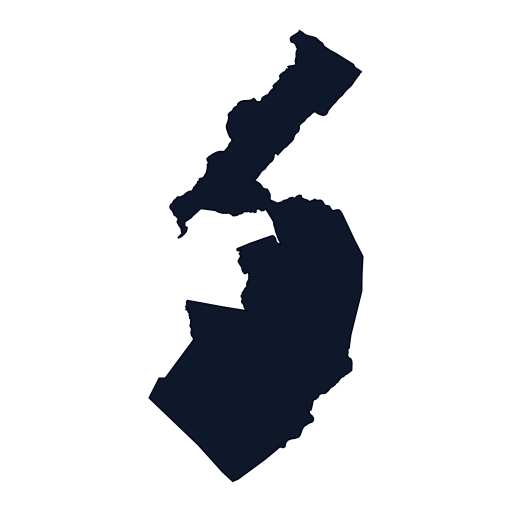 Morada Nova, Ceará, Brazil
{"feature_id": "56859067B80919104453248", "entity_name": "Morada Nova", "entity_type": "district", "adm_level": 2, "iso_a3": "BRA", "parent_name": "Brazil", "parent_adm1": "Ceará", "projection": "robinson", "projection_center": [-38.436, -4.973], "detail": "fine", "context": "isolated", "style": "filled", "palette": "ink", "viewbox_px": 512, "rotation_deg": 0, "n_neighbors": 0, "source": "geoboundaries", "source_scale": "gbopen_adm2", "svg_char_len": 6050}
<svg xmlns="http://www.w3.org/2000/svg" viewBox="0 0 512 512"><path d="M285.3,443.8L286.4,441.6L287.8,440.1L289.8,439.3L291.4,438.7L294.9,438.2L297.9,437.3L299.4,436.2L300.3,434.5L301.7,430.4L302.4,428.8L304.3,425.9L306.2,425.0L307.4,424.0L308.9,423.1L310.3,422.5L311.8,422.1L312.9,421.1L313.5,419.6L313.3,418.0L312.1,416.0L310.7,414.9L309.2,413.1L309.1,411.3L309.9,410.3L311.1,409.8L312.0,405.5L312.5,403.9L312.6,402.6L312.9,401.1L313.9,399.6L316.1,398.9L317.3,397.6L318.3,396.8L318.9,394.8L321.2,393.5L324.8,393.3L326.2,392.5L328.6,390.2L329.7,388.5L331.6,386.8L333.0,386.3L334.9,384.7L336.3,382.8L337.5,382.2L338.4,381.1L339.3,379.6L340.3,378.5L341.2,377.4L342.6,376.9L344.0,376.0L345.0,374.8L347.0,373.9L351.6,370.3L351.9,363.1L351.5,360.5L350.8,359.0L349.7,358.4L348.5,357.5L347.4,355.8L348.0,351.9L347.4,350.2L348.2,348.9L349.3,347.6L349.3,345.6L350.8,334.7L361.7,290.9L361.9,273.9L362.8,256.5L354.3,239.9L341.9,213.5L340.7,211.7L339.4,210.2L338.1,209.8L335.8,210.2L333.3,210.8L332.1,210.4L330.6,208.5L329.2,206.1L325.3,205.5L323.9,204.0L323.1,202.4L321.8,200.9L320.4,200.2L318.2,200.5L316.4,200.3L314.7,199.3L313.3,200.2L311.6,200.9L309.2,201.7L307.5,200.2L305.1,199.6L301.7,198.0L301.1,195.7L299.7,195.2L297.1,196.2L295.7,197.6L294.9,198.7L292.5,197.4L290.7,197.8L289.2,198.3L288.0,199.3L286.3,200.1L284.3,200.4L283.0,201.1L281.7,202.2L280.5,202.4L278.0,203.1L276.4,203.1L275.1,202.2L270.5,200.2L269.9,198.8L270.1,196.0L269.9,194.2L268.8,192.3L268.3,190.9L267.0,189.2L265.3,189.1L263.3,188.5L262.0,186.8L261.1,185.2L259.7,183.8L257.9,182.5L256.1,181.4L254.0,180.7L257.0,177.7L258.9,175.1L260.6,172.4L262.0,170.7L265.1,168.7L266.3,166.5L268.1,164.5L269.2,163.1L271.8,161.2L273.0,159.4L273.8,157.4L274.0,155.2L274.6,153.6L275.8,152.8L276.8,153.9L277.9,154.8L279.1,153.2L280.3,152.0L283.9,148.0L285.6,147.0L287.3,145.6L288.6,144.0L291.3,141.6L293.4,139.0L293.8,137.1L294.4,135.4L295.2,134.1L296.5,132.8L297.8,131.9L298.8,130.2L299.3,128.0L299.0,126.1L300.0,124.5L302.4,122.3L304.0,121.2L305.2,119.7L306.4,117.9L308.6,116.4L310.2,115.1L312.0,113.1L313.4,112.1L314.6,111.6L316.1,112.1L317.5,113.3L318.9,114.0L321.6,114.9L323.6,115.3L326.1,114.4L327.4,112.5L328.0,110.5L329.3,109.0L332.0,105.5L335.5,102.0L336.9,100.3L337.7,99.0L339.1,97.7L342.1,95.3L344.1,92.6L347.0,89.2L349.2,87.4L351.9,84.7L353.5,82.1L357.6,76.4L359.0,74.8L359.8,73.2L361.3,71.8L359.7,70.5L355.3,67.8L354.4,66.6L353.4,64.5L352.0,63.6L335.4,53.3L330.6,50.8L323.9,46.3L323.1,44.6L322.4,43.3L319.6,41.4L316.5,38.5L315.3,37.7L313.6,37.2L308.0,35.8L306.6,35.3L305.2,34.7L304.1,33.9L301.5,31.9L299.5,30.7L298.7,32.3L294.6,35.0L293.1,35.8L291.3,37.1L290.4,38.6L290.6,40.1L291.2,41.9L292.9,42.3L294.4,43.0L295.7,44.7L297.6,49.2L296.5,51.4L296.2,53.4L296.3,55.1L296.3,57.1L295.8,58.6L295.3,61.0L295.7,62.9L295.9,64.7L294.4,65.5L292.9,65.6L291.2,66.1L289.7,66.1L288.1,66.6L289.0,67.8L288.7,69.3L286.8,69.0L285.9,70.3L285.0,71.8L283.1,72.5L282.1,73.7L280.7,74.4L279.7,76.0L280.3,78.4L279.6,80.1L277.9,81.4L276.8,82.8L275.3,83.6L273.2,86.0L273.8,87.4L273.0,89.0L271.6,90.0L270.2,91.5L268.2,94.9L266.9,95.1L263.5,96.9L262.1,98.1L261.8,99.6L261.2,101.1L259.4,101.9L257.3,101.8L255.9,101.1L255.0,99.6L253.6,98.5L251.4,100.1L248.5,100.6L243.8,100.8L240.9,101.5L238.8,102.9L237.8,104.1L237.5,105.5L236.7,106.6L235.3,106.9L233.5,108.7L232.4,111.0L229.7,112.7L228.3,114.7L228.8,117.6L228.3,120.3L227.2,123.7L226.6,125.1L226.5,127.0L226.8,128.9L227.4,130.7L228.5,133.9L229.4,135.6L229.7,136.8L231.8,138.7L232.0,141.0L230.8,142.6L229.5,143.7L228.5,146.6L227.3,148.2L226.3,149.1L225.4,150.4L224.1,151.5L222.4,151.7L220.6,151.4L218.2,151.8L215.9,152.7L213.7,153.8L212.0,154.8L210.9,155.7L209.7,156.2L208.4,157.3L207.0,158.9L207.6,160.9L208.6,162.2L208.2,163.5L207.3,164.9L207.6,166.8L206.8,171.6L205.9,173.7L204.1,176.6L202.8,178.1L199.5,178.7L199.4,180.8L197.8,181.7L197.4,183.6L195.8,185.2L195.0,186.5L193.8,187.4L193.2,189.2L192.0,191.1L190.6,191.4L189.2,191.4L186.0,193.3L183.7,195.5L181.9,196.3L180.5,197.1L177.5,197.0L176.7,198.1L175.7,199.2L174.5,200.0L173.4,201.4L172.7,203.3L170.8,204.6L169.9,206.7L170.4,208.5L172.6,210.9L173.4,212.8L174.2,215.0L175.8,215.9L178.5,218.7L177.2,222.0L179.0,225.4L180.6,227.6L181.4,229.4L181.4,230.9L182.0,232.5L181.7,234.0L179.4,236.3L177.9,238.1L181.3,236.6L183.5,234.7L186.3,231.5L187.2,227.6L185.7,226.9L184.6,225.9L184.8,222.3L186.3,220.8L189.7,218.7L191.2,217.6L192.1,216.4L195.3,213.4L197.0,212.0L199.9,209.2L201.1,208.5L215.5,210.4L217.3,211.5L219.0,212.2L221.1,212.7L222.8,213.2L224.8,213.1L226.4,213.2L228.3,212.8L230.0,213.5L231.6,214.4L233.1,215.7L235.2,215.6L237.3,215.1L239.0,213.9L240.5,213.8L241.7,213.4L242.9,212.5L243.9,211.6L247.0,211.6L249.1,211.3L250.7,212.2L251.9,211.6L253.3,211.7L254.6,212.4L255.9,212.0L256.0,210.5L256.5,208.7L258.5,208.9L259.8,209.2L261.4,210.7L263.6,210.4L264.8,209.5L266.0,209.1L273.0,220.5L273.8,222.4L273.9,224.7L275.3,229.1L275.6,231.1L276.2,232.8L277.0,234.4L277.5,236.6L278.2,238.2L279.1,240.3L280.5,242.5L280.5,244.0L278.1,243.5L276.7,242.6L275.9,240.9L275.6,239.4L275.1,237.8L273.8,236.5L272.6,235.7L269.4,236.7L250.0,243.5L237.2,248.7L237.2,250.4L241.2,251.1L239.3,253.6L240.9,256.0L238.2,261.0L238.8,262.5L240.9,265.9L241.9,267.3L242.2,269.9L242.9,271.4L244.3,273.5L245.9,273.4L247.1,272.0L248.7,273.1L249.0,275.0L248.9,276.8L249.0,278.8L248.2,280.7L247.3,282.2L246.7,284.3L247.2,286.0L246.1,287.4L244.9,288.8L243.9,291.0L242.5,292.6L242.1,294.7L241.2,295.9L241.6,297.3L242.3,298.4L242.3,300.0L241.6,301.1L242.0,302.7L243.1,303.7L244.0,305.5L244.3,307.3L245.4,309.1L245.8,310.7L223.4,307.1L187.4,300.5L186.5,302.0L186.8,303.4L186.5,305.5L185.8,307.1L187.0,308.0L186.0,309.6L188.0,310.2L188.2,312.0L189.5,312.9L189.2,314.8L189.7,316.7L189.7,318.2L191.0,319.4L190.8,320.9L190.9,323.2L190.0,325.5L191.0,327.6L191.8,328.8L191.0,332.5L191.6,335.4L193.7,338.3L193.3,340.3L165.3,378.2L159.2,378.2L149.2,397.9L198.6,445.2L222.5,471.8L232.8,481.3L238.1,479.0L264.7,459.4L277.2,449.1L278.1,448.1L279.7,447.0L280.9,446.9L283.0,447.6L284.9,446.7L285.3,443.8Z" fill="#0f172a" stroke="#020617" stroke-width="1.5"/></svg>